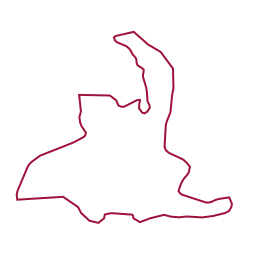 Nidwalden, Equal Earth projection, rotated 183°
{"feature_id": "CHE-164", "entity_name": "Nidwalden", "entity_type": "Canton", "adm_level": 1, "iso_a3": "CHE", "parent_name": "Switzerland", "parent_adm1": "", "projection": "equal_earth", "projection_center": [8.375, 46.893], "detail": "fine", "context": "isolated", "style": "outline", "palette": "rose", "viewbox_px": 256, "rotation_deg": 183, "n_neighbors": 0, "source": "natural_earth", "source_scale": "10m", "svg_char_len": 1398}
<svg xmlns="http://www.w3.org/2000/svg" viewBox="0 0 256 256"><g transform="rotate(183 128 128)"><path d="M173.7,46.4L189.2,55.9L234.8,50.6L235.7,55.5L234.9,59.8L226.2,83.9L224.3,87.2L221.6,89.9L214.3,95.8L182.1,110.5L171.5,116.9L170.2,118.5L169.8,121.2L174.5,127.4L176.1,131.0L177.1,136.3L175.9,142.1L178.5,158.5L147.8,159.5L141.2,155.0L138.8,150.0L135.9,148.9L133.1,149.0L121.0,156.0L118.6,156.7L117.4,156.5L117.4,155.5L117.9,153.8L118.0,151.4L118.0,148.3L114.7,144.1L112.4,143.5L109.8,145.1L107.4,149.1L107.7,151.9L109.9,155.7L111.1,165.3L111.9,169.2L115.6,179.5L115.8,182.2L115.4,185.0L115.4,187.1L116.9,188.4L121.7,191.1L122.6,192.8L123.2,196.3L123.5,197.6L124.0,198.4L125.0,199.5L127.1,201.6L129.5,205.6L131.4,207.7L133.9,209.6L143.8,213.2L145.6,214.8L146.8,217.7L145.3,219.2L127.3,224.3L112.4,212.5L99.3,205.6L86.2,189.7L84.7,170.4L85.7,162.7L86.4,146.2L89.5,136.9L90.4,133.2L90.5,111.4L89.2,108.0L86.1,105.4L71.1,99.3L67.3,96.1L64.1,92.5L65.0,87.0L66.5,84.2L68.6,81.6L70.4,78.9L72.1,75.1L73.2,71.7L74.2,67.6L72.5,65.4L70.5,64.2L46.3,57.7L43.8,57.7L41.0,58.5L37.7,60.3L34.0,61.8L23.3,64.0L20.3,57.8L20.6,54.6L22.7,50.5L26.2,48.3L38.4,44.6L49.2,42.6L64.6,42.7L72.5,41.5L79.9,41.7L87.7,43.1L101.4,38.9L111.1,34.6L117.9,38.2L118.2,40.2L118.5,40.9L119.4,41.7L140.3,42.1L146.6,40.4L147.2,36.5L152.7,31.7L161.7,33.4L170.4,40.7L173.7,46.4Z" fill="none" stroke="#9f1239" stroke-width="2"/></g></svg>